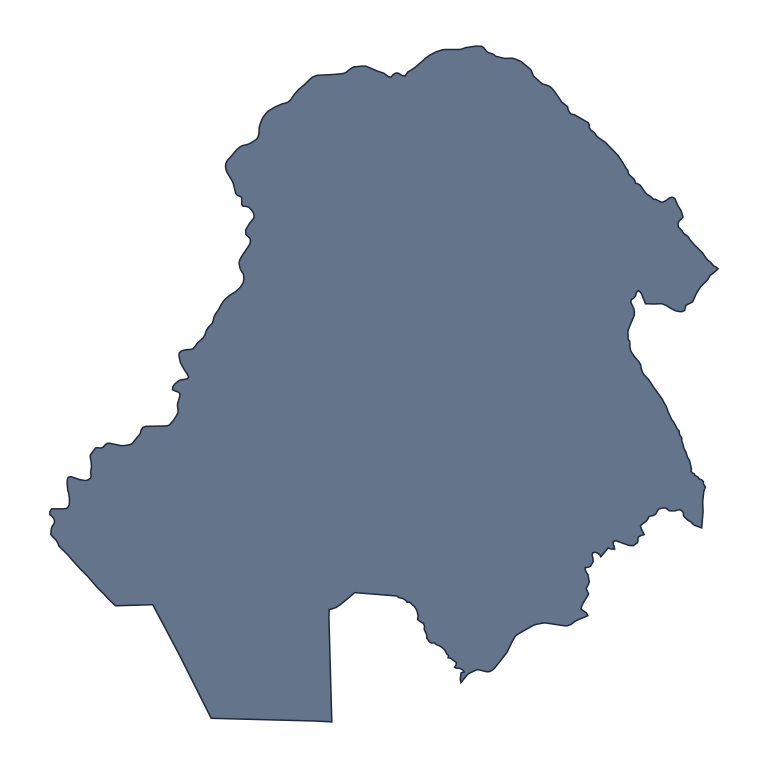 outline of Matungulu, Eastern, Kenya
{"feature_id": "3690345B24621984513520", "entity_name": "Matungulu", "entity_type": "district", "adm_level": 2, "iso_a3": "KEN", "parent_name": "Kenya", "parent_adm1": "Eastern", "projection": "orthographic", "projection_center": [37.26, -1.206], "detail": "fine", "context": "isolated", "style": "filled", "palette": "slate", "viewbox_px": 768, "rotation_deg": 0, "n_neighbors": 0, "source": "geoboundaries", "source_scale": "gbopen_adm2", "svg_char_len": 6030}
<svg xmlns="http://www.w3.org/2000/svg" viewBox="0 0 768 768"><path d="M180.4,362.6L183.6,368.6L187.6,374.7L188.7,377.0L187.3,378.8L180.7,380.0L178.8,380.6L174.9,383.9L172.8,386.6L172.5,389.7L175.0,391.0L178.0,391.9L179.7,393.4L179.9,395.6L178.3,401.5L177.6,403.2L177.4,405.3L178.1,410.8L178.0,412.7L176.2,416.1L173.6,420.1L169.6,424.8L167.6,425.7L164.8,426.0L146.0,426.3L142.7,427.5L141.1,430.2L140.3,433.5L139.0,435.4L137.5,436.8L132.3,443.5L129.4,444.8L124.0,445.6L120.8,445.6L110.1,443.3L107.6,443.3L105.4,444.6L103.0,447.3L100.2,448.1L97.9,447.7L95.5,447.9L90.3,455.1L90.2,457.0L91.1,461.5L91.5,467.0L90.6,471.5L90.7,473.6L91.2,475.9L90.6,478.3L87.0,480.3L84.5,480.5L79.5,479.5L70.8,476.6L68.3,477.2L67.3,479.6L67.1,483.2L67.8,490.8L68.5,492.7L69.4,497.8L69.4,502.5L69.1,505.0L68.0,507.2L66.4,508.4L63.5,508.8L51.8,508.8L49.9,511.5L49.8,514.6L52.2,516.5L54.0,518.9L54.5,521.0L54.2,523.3L51.8,527.0L51.0,530.1L51.1,532.3L50.7,534.3L52.3,536.4L55.9,539.8L58.1,543.5L58.7,545.8L67.4,554.4L71.6,559.4L80.2,568.9L88.0,576.7L97.1,587.4L103.7,593.8L107.8,598.4L115.5,605.8L152.8,604.7L179.3,654.8L211.2,718.3L314.7,721.0L331.8,721.9L328.9,616.8L329.2,609.5L331.3,609.1L336.0,607.5L339.9,605.0L347.5,598.8L354.7,592.6L397.1,596.0L398.5,597.5L403.0,598.6L405.2,599.9L407.3,602.4L409.2,602.1L410.9,603.2L412.3,604.8L414.5,606.5L416.3,609.5L417.3,612.0L418.1,616.2L417.6,619.6L421.5,622.4L423.4,623.4L424.5,625.9L424.2,629.5L426.7,634.7L426.8,638.1L429.4,641.9L431.4,643.0L434.4,642.8L436.7,644.8L439.2,645.7L441.5,647.1L443.6,648.8L445.4,651.2L446.7,653.9L448.5,655.6L448.1,657.9L450.2,658.0L456.4,662.7L456.0,665.0L454.5,667.1L456.1,668.1L458.5,668.2L460.7,668.7L462.7,669.9L464.1,671.9L461.2,672.7L460.2,679.1L460.9,682.7L467.5,674.5L469.4,673.2L476.5,669.9L478.4,669.7L486.8,671.8L489.6,671.6L491.8,670.5L494.4,668.4L506.8,652.7L512.2,641.6L515.0,636.7L516.4,635.2L519.0,633.5L533.6,625.2L536.2,624.4L542.7,623.1L545.0,622.9L565.4,625.9L567.5,625.8L571.2,624.3L573.9,622.1L576.5,620.5L587.8,615.7L586.5,612.9L582.5,610.2L580.9,608.8L581.9,605.7L583.6,602.2L587.9,595.5L588.5,593.7L586.1,588.6L588.3,584.6L589.4,581.6L588.7,579.0L588.0,574.7L586.5,572.7L585.4,570.1L585.2,567.6L588.2,567.3L590.6,566.2L593.1,561.6L593.1,559.1L592.1,554.9L592.8,552.7L595.6,552.3L598.0,553.3L599.6,554.8L600.8,556.8L608.2,548.0L610.9,549.0L614.6,549.2L614.3,546.6L613.3,544.6L613.3,541.4L616.0,540.8L629.2,545.5L633.2,545.7L637.3,542.8L638.0,541.0L637.9,539.0L638.5,537.0L640.8,535.6L644.2,534.6L641.3,528.6L640.4,526.0L642.1,524.2L646.2,521.3L647.8,519.2L648.6,516.9L650.6,516.0L653.5,515.5L655.6,514.2L658.6,509.0L662.6,508.1L665.4,507.9L667.5,509.3L669.2,510.8L675.1,510.9L677.5,509.9L680.4,509.9L682.3,511.2L683.4,513.0L683.4,515.5L684.5,517.2L688.2,520.5L690.6,521.6L692.6,523.8L694.5,525.3L701.7,527.9L703.1,511.2L702.7,502.3L703.1,498.2L703.8,491.4L705.4,486.9L703.5,483.9L703.4,481.6L701.6,479.8L699.1,478.8L697.6,476.8L695.1,475.5L694.1,473.7L692.3,472.9L691.0,471.1L691.5,469.3L689.7,461.1L688.7,459.0L687.6,457.5L686.0,452.2L683.9,448.3L683.4,445.6L681.7,440.5L681.8,438.0L679.6,434.7L679.1,430.9L677.3,428.9L673.5,421.8L671.9,419.9L668.4,412.4L666.1,406.1L663.6,401.9L662.3,399.2L653.1,386.5L648.6,379.4L643.7,374.5L642.2,371.5L641.0,367.6L640.8,365.1L639.1,362.0L634.3,356.4L631.9,352.9L630.7,350.7L630.1,348.2L629.7,341.2L628.1,339.3L628.1,335.1L627.8,331.9L628.4,329.3L634.3,315.3L634.4,312.4L633.9,308.9L630.9,302.4L631.2,299.8L633.5,298.3L635.6,295.9L636.3,292.7L638.3,290.6L640.2,292.0L641.3,293.5L645.5,303.8L654.7,304.0L660.7,303.7L662.6,304.0L666.0,305.4L672.6,309.4L675.9,310.9L678.7,311.5L681.8,311.7L684.6,310.5L685.8,305.4L692.6,301.9L696.2,293.8L700.4,287.0L707.5,279.9L710.4,275.1L714.1,272.5L718.2,268.8L715.9,266.9L713.7,265.9L710.5,262.2L707.8,260.2L705.3,257.0L702.6,252.9L695.1,245.6L690.3,240.1L687.8,236.3L683.5,233.3L682.0,230.7L678.3,226.7L678.0,223.5L679.3,220.8L681.3,219.1L683.0,216.9L681.1,210.6L678.2,206.2L674.8,198.4L672.0,197.1L669.4,198.0L666.0,200.5L662.5,202.3L660.5,201.8L655.4,199.2L653.5,199.3L650.8,196.6L646.6,194.0L644.2,191.0L640.3,185.3L637.8,183.8L635.5,183.2L635.0,180.8L634.1,179.2L629.4,174.9L628.3,173.3L627.8,170.5L625.5,167.4L623.1,163.0L618.0,155.4L605.6,142.6L598.3,137.5L596.1,135.4L594.9,133.2L593.2,131.6L591.1,130.4L589.4,128.0L589.3,125.2L588.4,122.8L574.4,114.7L571.1,114.1L569.3,112.0L568.2,109.8L567.6,106.7L562.0,102.3L554.9,92.0L551.7,88.1L549.2,86.2L546.8,85.2L542.3,83.9L539.5,81.5L533.5,76.0L531.3,70.5L529.8,68.7L520.8,61.3L514.5,58.7L512.3,58.2L504.6,58.4L495.7,56.3L493.7,54.5L491.5,53.5L489.0,52.9L486.6,51.5L483.9,47.9L481.7,46.3L475.7,46.1L465.8,47.6L461.5,49.2L459.3,49.5L444.9,49.5L442.3,49.8L435.7,52.0L430.6,54.7L425.0,58.5L423.2,60.4L415.5,67.0L412.9,68.9L407.8,72.0L405.2,75.9L402.7,75.9L398.7,73.4L396.9,72.8L394.6,73.6L392.7,75.1L391.1,77.1L388.8,76.9L383.8,73.2L377.0,70.9L366.3,66.3L363.1,66.0L353.6,66.9L350.6,68.7L345.7,72.6L343.4,73.4L340.1,73.9L331.5,74.6L317.4,75.3L312.8,76.9L310.9,78.3L304.2,84.9L298.9,89.2L294.3,94.4L290.5,100.0L288.0,102.1L285.3,103.2L282.6,103.7L275.6,106.7L268.1,111.1L266.2,113.1L263.4,116.8L261.7,119.9L260.1,124.1L259.2,127.4L258.9,133.8L258.2,136.5L256.6,139.3L250.7,143.0L248.2,144.2L242.0,145.8L239.9,147.0L236.5,149.8L230.0,157.7L227.9,159.7L226.9,161.2L225.8,163.7L225.5,166.8L226.0,169.8L226.8,172.0L232.0,180.6L233.2,183.3L235.7,193.4L237.6,195.5L239.8,196.2L241.6,197.4L241.8,204.6L243.0,206.2L245.8,206.4L248.8,207.2L252.1,210.7L253.4,213.2L254.2,215.6L253.9,217.9L249.8,223.0L245.6,230.0L245.9,234.5L250.1,238.5L250.5,241.0L249.6,244.5L241.3,257.0L239.6,260.2L239.1,263.6L239.7,266.9L240.4,269.4L243.3,274.0L243.7,276.3L243.7,280.0L243.1,282.8L240.7,286.8L239.2,288.4L236.0,291.3L229.1,295.8L225.3,299.1L223.5,301.1L220.9,305.1L218.1,310.3L215.2,314.3L214.1,316.8L212.5,322.9L208.0,327.8L206.8,329.7L205.7,332.1L205.1,334.5L203.4,337.6L197.3,343.2L195.6,345.7L192.9,348.8L191.0,349.4L186.8,349.6L183.2,350.3L180.6,351.5L179.2,353.1L178.9,355.7L180.4,362.6Z" fill="#64748b" stroke="#1e293b" stroke-width="1.5"/></svg>